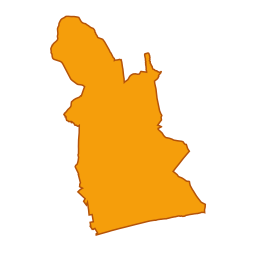 outline of Ilisesti, Suceava, Romania, rotated 93°
{"feature_id": "2599482B56962493050937", "entity_name": "Ilisesti", "entity_type": "district", "adm_level": 2, "iso_a3": "ROU", "parent_name": "Romania", "parent_adm1": "Suceava", "projection": "mercator", "projection_center": [26.04, 47.611], "detail": "fine", "context": "isolated", "style": "filled", "palette": "amber", "viewbox_px": 256, "rotation_deg": 93, "n_neighbors": 0, "source": "geoboundaries", "source_scale": "gbopen_adm2", "svg_char_len": 5707}
<svg xmlns="http://www.w3.org/2000/svg" viewBox="0 0 256 256"><g transform="rotate(93 128 128)"><path d="M53.0,209.2L54.9,208.8L55.5,208.7L56.5,208.8L57.1,208.6L57.9,208.0L58.7,207.7L60.7,207.4L62.1,206.9L62.8,206.3L63.3,205.5L64.9,199.5L65.5,198.2L66.0,197.5L67.6,196.3L81.8,187.9L82.5,187.3L83.5,186.1L86.7,181.3L87.1,180.3L87.2,179.3L87.3,177.4L87.5,176.1L87.9,175.0L88.7,173.9L89.0,173.5L92.2,174.5L98.4,176.3L98.3,176.9L99.7,178.1L101.4,181.7L102.7,183.6L104.9,185.8L106.9,186.0L108.5,186.0L109.8,186.4L111.1,187.4L112.6,188.9L115.2,190.7L116.7,192.2L117.1,192.0L117.8,192.7L118.7,192.1L119.3,191.2L119.7,191.4L120.2,191.3L120.1,190.5L120.4,190.4L121.5,190.4L123.6,189.6L123.9,188.5L124.7,187.6L124.6,185.9L124.4,185.2L124.6,184.6L124.9,184.7L125.2,185.0L125.6,184.8L125.3,183.5L125.6,183.2L126.0,182.4L127.1,181.7L127.8,181.4L128.0,180.7L127.9,179.9L128.8,178.6L128.8,177.8L128.0,176.8L135.3,176.5L142.4,176.7L149.0,176.5L151.6,176.3L156.2,176.1L157.4,176.5L158.3,176.3L159.9,175.8L163.5,176.1L165.1,176.4L167.0,177.0L167.8,178.0L168.3,178.3L168.9,178.6L169.3,178.7L169.7,178.6L175.3,175.5L176.2,175.1L176.7,174.9L177.3,174.9L177.3,175.1L181.1,173.9L185.3,172.6L186.3,173.1L186.9,173.2L188.2,173.2L189.1,173.3L190.5,170.3L191.4,171.7L192.2,172.7L194.4,174.7L198.9,169.4L200.8,167.1L203.5,168.5L204.9,167.4L207.2,165.5L204.4,164.6L211.6,163.1L216.9,162.3L216.3,159.3L223.4,157.7L224.2,160.9L227.9,160.1L228.1,160.6L231.1,158.4L230.7,157.4L231.0,157.1L230.0,155.8L234.4,152.9L235.5,154.3L236.5,154.1L236.4,153.9L235.9,152.3L235.4,150.9L232.5,142.3L231.5,139.6L229.6,133.7L228.6,130.6L227.2,125.9L224.1,116.0L223.2,113.0L222.6,111.0L220.4,103.8L219.6,101.0L218.9,97.6L218.7,96.4L218.7,95.5L218.0,93.6L217.4,90.6L217.4,90.3L216.9,87.7L216.9,87.2L216.7,86.7L216.7,86.3L216.7,85.6L216.6,84.8L216.4,84.4L215.7,82.0L215.2,80.5L214.4,77.5L214.2,76.4L214.1,75.8L213.8,75.0L213.7,74.5L213.3,73.4L213.1,72.1L213.3,71.8L213.4,71.4L213.4,71.1L213.3,70.8L213.2,70.7L213.0,70.2L213.1,69.7L213.3,69.5L213.4,68.6L213.3,68.3L213.3,68.1L213.2,67.5L213.1,67.3L213.0,66.9L213.0,66.6L212.4,66.0L212.3,65.8L211.7,63.5L211.5,62.8L211.3,62.2L210.6,58.9L210.4,58.0L210.1,56.7L210.0,55.7L209.8,54.9L209.8,54.2L209.4,52.9L209.2,52.2L208.9,51.3L208.4,50.1L208.3,49.8L208.4,49.1L208.3,48.6L208.3,48.2L208.4,47.3L208.5,47.0L205.7,47.3L203.4,46.9L202.4,46.8L201.5,46.9L201.2,46.8L200.2,46.8L198.5,50.6L198.1,51.2L197.9,51.4L194.2,54.6L193.2,55.4L192.5,56.0L188.6,58.7L187.8,59.2L186.1,60.5L182.5,62.7L180.9,63.3L179.1,63.7L178.5,63.8L178.3,64.0L178.1,64.3L178.1,65.6L178.0,66.8L176.4,69.2L175.3,71.1L174.9,72.0L174.3,73.9L174.0,74.6L173.7,75.2L172.4,76.2L172.0,76.5L170.0,79.2L169.0,80.7L165.2,78.1L161.5,75.4L155.3,71.1L150.2,67.2L148.0,65.5L146.0,67.0L145.1,67.5L141.4,68.9L141.4,69.7L141.1,70.4L140.1,71.4L139.2,72.0L138.9,72.3L138.8,72.7L138.6,73.2L138.5,73.6L138.4,74.6L138.2,77.3L137.7,81.7L137.0,83.2L136.9,83.3L136.2,85.7L136.0,86.7L135.8,88.0L135.6,89.5L135.5,89.8L134.8,90.8L133.5,92.1L131.3,93.6L130.5,94.5L127.8,97.8L126.8,97.9L126.5,97.1L126.1,96.7L125.3,95.1L125.0,94.7L124.9,94.8L123.7,97.8L123.6,98.5L122.6,97.9L118.2,95.0L115.7,95.5L115.4,95.5L113.9,94.9L113.7,94.9L112.8,95.4L112.1,96.0L111.1,96.4L109.3,97.3L96.7,100.6L87.6,102.1L82.2,103.6L79.8,104.0L77.3,101.2L76.9,100.9L74.9,100.0L74.6,100.2L74.0,100.2L73.6,100.0L71.6,98.5L71.1,98.1L70.6,98.0L70.0,97.9L70.0,98.1L70.5,98.3L70.9,98.4L71.0,98.7L70.7,99.4L70.7,99.8L70.4,100.2L70.3,100.7L70.2,101.3L69.6,101.9L69.4,102.3L69.3,102.9L69.2,103.6L69.1,103.9L68.9,104.2L68.5,104.6L68.4,104.8L68.2,105.0L68.0,106.0L67.8,106.2L67.6,106.4L67.2,106.5L66.9,106.6L66.5,106.8L66.2,107.0L65.7,107.0L65.1,107.2L65.1,107.4L64.7,107.8L63.6,108.2L63.1,108.5L62.4,108.9L62.1,109.2L61.9,109.3L61.3,109.2L60.8,109.3L60.4,109.3L60.2,109.5L59.9,109.9L59.7,110.1L59.4,110.1L59.0,109.8L58.6,109.7L57.9,109.8L57.6,110.0L57.3,110.0L56.8,109.8L56.4,109.8L56.1,109.9L55.7,110.0L54.3,110.3L53.7,110.7L52.7,111.0L52.4,111.2L52.2,111.5L52.1,111.9L52.1,112.1L52.3,112.7L52.4,113.1L52.9,114.0L52.8,114.3L52.8,114.5L53.0,114.8L53.1,115.0L53.3,115.1L53.6,115.2L54.1,115.2L54.7,115.1L56.6,114.6L57.1,114.5L57.8,114.2L58.2,114.2L59.7,114.1L60.4,113.9L60.9,113.6L61.1,113.6L61.4,113.9L61.6,113.9L61.8,113.9L62.5,113.8L62.8,113.6L63.2,113.4L63.9,113.7L65.2,113.2L66.1,113.2L66.9,113.0L67.7,112.9L68.3,113.0L68.9,112.9L69.7,112.6L70.2,112.5L70.4,112.5L71.0,112.3L71.3,112.3L71.2,112.7L71.2,113.4L71.1,114.6L71.0,116.4L70.9,117.0L70.8,117.9L70.9,118.1L71.3,118.4L72.3,118.8L73.4,119.4L73.6,119.8L73.7,120.2L73.7,120.6L73.8,121.0L73.8,121.4L73.6,122.6L73.5,123.3L73.6,124.3L73.7,125.2L73.9,125.9L74.6,127.1L75.2,127.9L76.1,128.8L77.4,129.5L79.1,130.3L79.6,130.6L80.2,131.2L81.8,133.2L82.7,134.1L80.4,134.4L79.1,134.5L78.5,134.6L77.8,134.8L75.8,135.2L69.6,136.2L67.5,136.7L62.4,137.7L61.4,138.1L60.4,138.2L60.2,138.4L60.5,138.7L60.5,138.9L60.3,139.3L59.9,139.8L60.6,142.2L60.9,144.4L61.3,145.1L60.3,145.1L59.3,145.3L58.5,146.4L55.9,147.9L54.0,149.0L52.7,150.1L51.7,150.5L50.2,151.4L43.2,155.9L40.8,157.9L40.3,159.3L40.0,160.4L39.5,162.1L39.1,163.0L37.6,163.7L36.9,164.2L36.0,164.9L34.3,165.6L34.0,166.0L32.3,166.4L31.3,167.1L30.4,168.0L30.1,168.9L29.6,170.3L29.0,171.3L27.9,172.9L27.2,174.2L26.5,175.2L26.0,176.1L26.0,176.6L25.7,178.0L25.1,179.3L24.1,180.4L20.2,182.9L19.9,184.0L19.7,185.9L19.5,187.8L19.7,190.4L19.6,193.6L19.7,195.1L20.0,196.2L20.2,196.5L20.8,196.9L22.1,199.2L22.7,200.0L23.6,200.8L26.2,202.0L27.5,202.4L28.9,202.4L29.8,202.6L31.0,203.2L32.7,203.6L35.7,203.2L36.8,203.0L38.5,203.0L39.7,203.3L40.3,203.3L41.2,203.1L42.0,202.8L42.4,202.8L43.7,203.1L45.0,204.1L47.2,206.4L47.9,207.0L49.5,207.8L49.4,208.0L51.8,208.9L53.0,209.2Z" fill="#f59e0b" stroke="#b45309" stroke-width="1.5"/></g></svg>